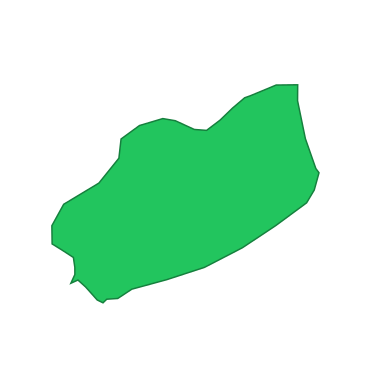 map outline of Vrapcište (Robinson projection), rotated 136°
{"feature_id": "MKD-2959", "entity_name": "Vrapcište", "entity_type": "Statistical Region", "adm_level": 1, "iso_a3": "MKD", "parent_name": "North Macedonia", "parent_adm1": "", "projection": "robinson", "projection_center": [20.847, 41.862], "detail": "fine", "context": "isolated", "style": "filled", "palette": "green", "viewbox_px": 384, "rotation_deg": 136, "n_neighbors": 0, "source": "natural_earth", "source_scale": "10m", "svg_char_len": 642}
<svg xmlns="http://www.w3.org/2000/svg" viewBox="0 0 384 384"><g transform="rotate(136 192 192)"><path d="M41.5,195.7L52.7,184.3L73.4,151.6L86.6,122.9L87.3,117.6L102.7,108.5L117.1,104.6L155.3,109.7L194.5,116.9L235.3,129.1L271.1,146.5L302.8,163.9L319.4,167.0L327.8,174.1L333.0,174.1L335.2,180.2L334.5,197.6L335.2,207.9L342.5,210.5L333.6,214.0L328.7,219.1L322.8,227.3L326.1,241.6L328.7,251.8L316.2,265.1L292.8,272.3L252.8,263.1L221.1,267.1L206.2,279.4L183.6,276.3L162.0,265.1L154.5,254.9L146.9,235.4L138.7,226.2L121.9,224.2L104.5,224.2L88.7,223.2L83.4,220.8L57.2,210.5L41.5,195.7Z" fill="#22c55e" stroke="#15803d" stroke-width="1.5"/></g></svg>